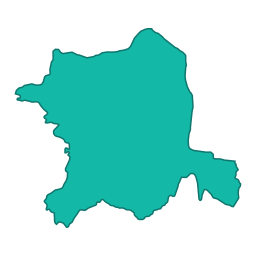 Concepción Las Minas, Chiquimula, Guatemala
{"feature_id": "79465075B28925037655820", "entity_name": "Concepción Las Minas", "entity_type": "district", "adm_level": 2, "iso_a3": "GTM", "parent_name": "Guatemala", "parent_adm1": "Chiquimula", "projection": "mercator", "projection_center": [-89.467, 14.489], "detail": "fine", "context": "isolated", "style": "filled", "palette": "teal", "viewbox_px": 256, "rotation_deg": 0, "n_neighbors": 0, "source": "geoboundaries", "source_scale": "gbopen_adm2", "svg_char_len": 5772}
<svg xmlns="http://www.w3.org/2000/svg" viewBox="0 0 256 256"><path d="M56.4,224.3L57.5,223.5L57.9,222.7L58.5,222.2L59.4,222.0L60.1,222.1L61.0,222.3L61.9,222.6L62.5,222.8L63.2,223.1L64.1,224.0L65.7,226.1L66.1,226.7L66.7,227.3L67.3,227.2L68.1,226.8L68.5,226.4L68.9,225.5L69.3,224.6L69.9,223.7L70.8,223.1L71.5,222.7L72.0,222.3L72.2,221.8L72.6,221.2L74.2,218.1L75.1,216.8L77.0,214.2L78.2,212.3L78.7,211.5L79.7,210.2L80.7,209.9L81.9,209.9L84.2,210.3L85.1,210.3L86.1,209.7L87.9,208.3L88.5,208.0L92.0,206.6L92.9,206.2L94.6,205.6L95.4,205.3L96.3,204.7L96.6,203.6L96.7,202.7L97.2,202.1L98.2,202.1L98.8,202.3L99.5,202.2L100.3,201.6L100.7,201.0L101.0,200.2L101.7,199.6L102.3,199.5L103.0,199.6L103.6,200.0L104.6,201.1L105.6,201.9L106.2,202.3L108.6,203.7L109.3,204.2L110.0,204.9L110.9,205.4L111.9,205.6L113.0,205.7L113.6,205.9L114.5,206.5L115.3,206.9L115.9,207.1L117.0,207.2L117.9,207.4L118.9,207.8L119.7,208.1L120.9,208.0L121.5,207.9L122.7,208.0L124.2,208.5L125.9,209.4L126.4,209.7L127.4,209.8L129.1,209.9L129.8,210.0L130.4,210.1L131.1,210.5L133.4,212.3L134.1,212.8L134.3,213.8L134.3,214.7L135.8,216.6L136.7,217.0L137.3,218.1L137.9,218.8L138.5,219.2L139.1,219.4L140.1,219.5L141.4,219.5L142.5,219.4L143.6,219.0L144.3,218.4L144.8,217.5L145.4,216.9L146.3,216.5L147.3,216.4L147.8,216.4L148.7,216.3L149.4,216.0L150.4,215.0L152.4,213.8L153.0,212.9L153.0,212.3L153.0,211.7L153.4,211.1L154.2,210.4L154.8,210.2L156.4,209.9L157.4,209.6L158.0,209.2L158.8,209.0L159.8,208.9L160.5,208.7L161.1,208.0L162.0,206.4L162.6,205.8L164.5,205.2L165.2,204.5L165.5,203.8L166.2,203.2L166.9,202.6L167.3,202.2L167.7,201.5L168.0,199.8L168.4,197.2L168.8,196.6L169.4,196.0L170.0,195.5L170.8,195.4L171.5,195.5L172.1,195.9L173.1,196.4L173.9,196.3L174.5,196.0L174.8,195.5L175.1,194.8L175.3,194.2L176.9,189.4L177.4,188.2L177.8,186.8L178.4,184.2L178.6,183.6L179.8,181.4L180.2,180.1L180.5,179.4L181.5,177.3L186.5,177.4L189.8,174.3L190.3,173.5L193.4,173.6L194.7,174.6L196.0,177.0L197.6,183.3L199.0,199.0L199.9,200.3L200.4,200.4L201.1,199.9L201.5,199.3L201.6,198.7L202.1,195.2L204.2,189.7L206.1,189.6L207.4,190.4L211.5,194.6L212.4,196.4L213.3,197.8L217.3,198.9L225.8,204.4L229.4,205.1L232.2,206.6L233.4,206.6L238.7,198.0L238.2,193.0L238.5,189.8L239.1,187.7L240.1,186.6L240.6,184.4L240.5,183.7L239.8,183.2L239.4,182.4L239.0,181.5L238.7,180.7L238.3,179.9L237.8,179.5L237.0,179.1L236.3,178.9L235.5,178.5L235.1,178.1L235.0,177.3L235.8,175.7L235.9,174.9L236.0,173.9L235.9,172.9L236.1,172.0L236.4,171.3L237.1,170.8L237.9,170.2L238.1,169.6L237.2,168.0L236.7,167.2L236.2,166.6L236.0,165.4L236.1,164.5L235.7,163.9L235.2,163.6L234.9,162.7L235.0,161.2L224.4,160.1L220.6,159.0L214.3,158.8L213.4,158.0L213.2,154.5L212.4,153.5L210.7,152.1L206.2,152.2L193.4,150.4L190.0,148.7L189.0,147.4L188.5,145.3L188.2,140.5L189.0,133.6L190.4,129.8L190.4,127.3L192.0,111.8L193.0,107.1L192.3,95.4L190.8,92.8L189.7,91.7L187.3,86.7L185.5,80.1L185.0,76.0L185.8,66.5L186.3,65.8L186.1,63.6L185.7,61.7L185.7,55.6L184.8,54.3L182.7,52.2L179.8,50.6L177.8,48.7L175.0,47.4L164.2,38.9L162.3,36.7L161.6,36.2L158.2,33.4L155.5,32.6L153.1,30.8L152.6,30.3L152.1,29.8L151.8,28.8L148.0,28.7L145.2,29.3L141.2,31.1L139.6,32.4L134.5,38.1L130.7,46.2L128.4,48.7L124.2,50.1L118.7,51.0L117.9,51.6L113.2,52.1L107.2,52.0L102.0,52.9L100.3,54.0L98.4,55.1L95.6,55.4L93.8,56.6L87.0,57.8L79.1,55.0L77.5,54.9L72.0,52.2L62.8,53.6L60.5,52.2L58.5,49.5L55.4,49.3L53.1,51.3L53.1,59.6L51.4,62.3L49.9,69.7L50.2,73.8L49.2,74.7L45.7,75.8L44.6,77.0L43.3,81.8L41.8,84.1L39.9,85.0L35.8,85.1L31.9,83.9L24.4,85.5L23.1,86.6L21.9,87.5L20.3,87.6L18.6,88.3L16.4,90.5L15.4,93.8L16.9,94.3L18.0,94.6L18.9,94.9L19.8,95.4L20.3,96.4L20.4,97.0L20.3,97.9L19.2,98.1L18.2,98.2L17.6,98.3L17.1,99.2L17.4,99.9L18.5,100.1L19.1,100.1L20.2,100.5L20.8,100.7L21.5,100.9L22.4,100.9L23.0,100.7L23.7,100.4L24.3,100.2L25.4,100.3L26.7,100.7L27.4,100.8L29.1,101.1L29.9,101.4L31.0,101.8L31.9,102.0L33.1,102.1L34.7,101.8L37.2,101.9L38.2,102.2L38.9,102.8L39.4,103.4L40.2,104.8L41.6,106.8L44.0,109.5L44.5,109.9L45.0,110.4L45.5,110.8L46.5,111.6L47.2,112.2L47.6,113.1L47.3,113.8L47.0,114.2L46.1,115.0L44.7,116.0L44.1,116.7L44.1,117.5L44.5,118.1L45.3,118.6L45.9,119.1L46.4,119.7L46.3,120.6L45.6,121.3L45.4,122.2L45.5,122.7L46.1,122.9L47.4,122.9L50.5,122.4L51.6,122.4L52.4,122.7L53.2,123.3L53.7,123.5L55.5,123.7L56.2,123.8L56.9,123.8L57.7,124.1L58.3,124.4L58.9,124.9L56.2,128.0L55.2,128.9L54.4,129.7L53.9,130.5L53.6,131.3L53.6,132.6L53.7,133.5L54.2,134.5L54.6,135.0L55.4,135.8L56.6,136.3L57.2,136.5L58.3,136.7L59.5,137.1L60.1,137.3L62.0,138.2L62.8,138.7L63.5,139.2L64.3,140.1L65.1,142.0L65.7,142.4L66.6,142.8L67.3,142.9L68.1,142.9L68.8,143.3L69.1,144.1L69.3,144.8L69.4,148.9L68.4,149.1L67.5,148.7L66.7,148.1L66.0,148.0L65.5,148.3L65.1,149.0L65.0,149.6L65.0,152.1L65.0,152.7L65.9,152.9L66.7,152.4L67.1,152.1L67.6,151.8L68.5,151.9L69.2,152.4L69.4,153.0L68.2,154.2L68.0,154.9L68.3,155.4L69.5,156.3L69.9,157.3L69.9,157.9L69.7,158.6L69.6,159.5L69.3,160.4L68.7,161.7L66.9,165.8L65.7,168.3L65.5,169.0L65.5,169.6L65.6,170.5L66.0,171.3L66.5,171.6L67.1,171.9L67.6,172.7L67.5,174.1L67.4,175.4L67.4,176.7L67.2,177.8L66.8,179.0L66.6,179.7L65.7,181.6L65.3,182.2L64.9,182.7L63.9,184.6L63.6,185.3L63.4,185.9L63.1,186.6L62.5,187.5L62.0,188.1L61.2,188.5L60.2,188.9L57.2,189.7L56.3,189.8L55.6,190.0L55.1,190.2L53.7,191.2L52.6,192.1L52.0,192.6L51.5,193.0L50.7,193.3L50.0,193.7L48.8,194.3L47.8,194.9L47.1,195.5L46.8,196.3L46.6,197.4L46.3,198.6L44.6,200.6L44.3,201.3L44.9,202.4L46.2,203.6L46.7,204.5L47.0,205.3L47.1,206.3L46.8,207.1L46.5,207.9L46.3,208.7L46.3,209.5L46.7,210.0L47.5,209.9L48.1,209.4L48.9,209.2L49.6,209.6L50.1,210.6L50.6,211.2L51.2,211.8L52.1,212.3L52.8,212.5L53.5,212.7L54.3,213.0L54.4,214.0L54.3,214.7L54.3,215.2L54.5,217.2L54.5,218.2L54.6,220.9L54.7,221.8L55.3,223.1L56.4,224.3Z" fill="#14b8a6" stroke="#0f766e" stroke-width="1.5"/></svg>